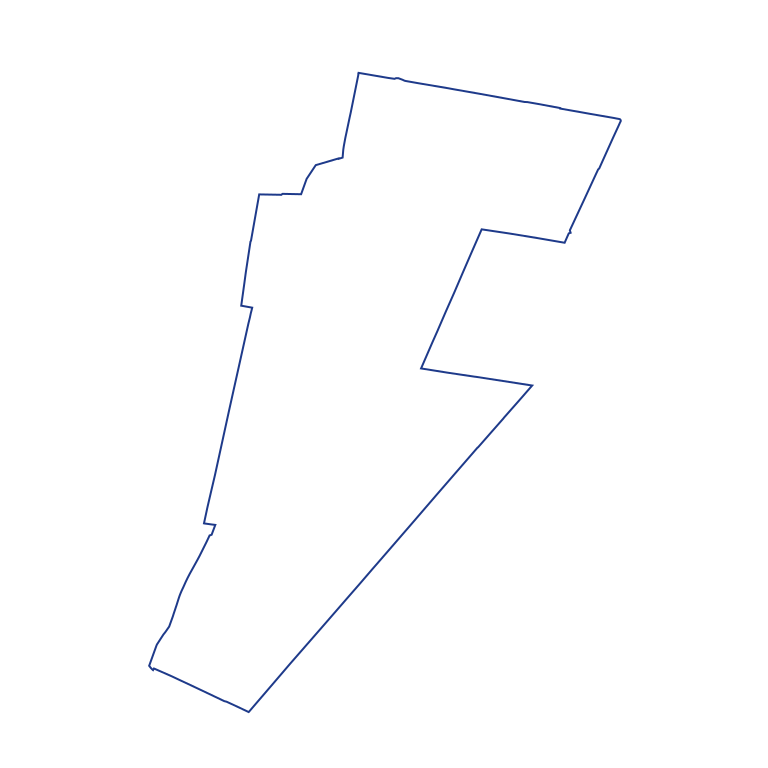 Tufesti, Braila, Romania, rotated 174°
{"feature_id": "2599482B7504990090207", "entity_name": "Tufesti", "entity_type": "district", "adm_level": 2, "iso_a3": "ROU", "parent_name": "Romania", "parent_adm1": "Braila", "projection": "natural_earth1", "projection_center": [27.783, 44.998], "detail": "fine", "context": "isolated", "style": "outline", "palette": "blue", "viewbox_px": 768, "rotation_deg": 174, "n_neighbors": 0, "source": "geoboundaries", "source_scale": "gbopen_adm2", "svg_char_len": 2103}
<svg xmlns="http://www.w3.org/2000/svg" viewBox="0 0 768 768"><g transform="rotate(174 384 384)"><path d="M121.8,619.6L121.5,620.0L121.2,620.4L121.0,621.2L121.2,622.0L121.6,622.6L122.5,623.0L124.9,623.7L127.8,624.6L151.1,631.2L160.4,633.9L170.2,636.7L180.0,639.5L179.9,640.0L201.1,646.3L212.0,649.4L214.8,649.8L232.1,654.9L258.5,662.6L284.1,669.9L288.8,671.3L318.6,679.6L330.8,683.1L331.9,683.5L333.7,684.6L337.7,686.6L338.8,686.7L340.0,686.9L341.6,686.4L348.0,688.0L376.8,696.1L377.2,695.0L377.1,694.5L383.3,674.7L388.7,657.5L390.3,652.7L395.2,637.5L396.7,632.9L399.1,624.8L400.0,621.3L401.5,613.5L405.5,612.7L405.5,613.1L429.0,608.8L439.5,596.1L446.6,581.4L465.0,583.7L465.6,583.4L466.3,582.9L488.3,585.6L501.3,540.4L501.9,539.6L509.7,509.7L512.5,498.2L517.8,476.8L507.1,473.7L508.2,470.6L509.0,468.5L510.4,464.2L512.5,458.4L525.3,420.2L534.8,391.9L540.8,374.0L561.6,311.2L567.1,295.4L572.6,279.5L573.8,275.8L577.6,264.2L577.0,264.0L574.8,263.5L570.0,262.3L566.5,261.5L569.1,256.3L571.2,252.1L573.3,251.6L573.4,251.4L577.3,245.0L585.4,232.3L587.7,228.9L592.3,222.3L597.0,215.6L599.7,211.5L600.0,211.0L601.8,208.1L604.7,203.1L607.0,199.3L608.0,197.5L608.8,196.0L609.1,195.4L609.6,194.4L610.7,192.0L613.7,185.1L614.2,184.1L615.3,181.6L617.0,177.9L618.3,174.9L618.5,174.5L623.0,165.2L627.6,159.9L629.5,158.0L637.1,148.6L637.8,147.3L647.0,128.3L645.7,126.2L644.9,125.1L643.8,123.8L643.6,123.6L642.5,125.1L625.5,115.4L617.6,110.6L603.0,101.8L597.9,98.7L576.0,85.3L573.8,84.5L569.1,81.7L561.1,76.9L552.9,71.9L552.5,72.2L521.6,101.4L506.4,115.8L468.4,151.1L444.3,173.6L428.5,188.3L414.5,201.5L407.3,208.2L371.3,241.9L343.8,267.8L297.6,311.0L297.2,311.1L282.6,324.6L268.6,337.5L268.4,337.8L251.1,353.7L236.8,367.0L291.7,381.5L292.7,381.7L319.9,388.7L345.5,395.6L331.5,420.4L324.8,432.0L324.6,432.4L314.7,450.0L304.8,467.2L294.0,486.5L283.9,504.4L270.7,527.6L243.3,520.5L216.2,513.1L189.6,505.6L184.5,514.5L182.6,514.9L183.1,517.4L165.8,546.2L150.6,571.7L148.6,575.0L147.8,575.6L147.4,575.9L142.7,584.0L130.5,604.9L127.4,610.1L123.3,617.0L121.8,619.6Z" fill="none" stroke="#1e3a8a" stroke-width="2"/></g></svg>